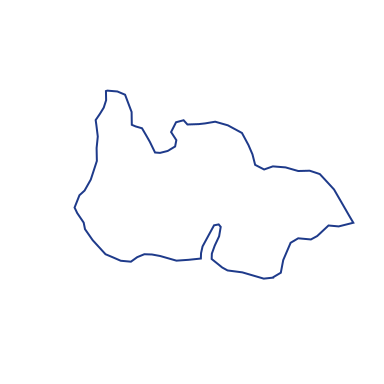 outline of Janggang, Chagang-do, North Korea, rotated 317°
{"feature_id": "82179303B52063530776064", "entity_name": "Janggang", "entity_type": "district", "adm_level": 2, "iso_a3": "PRK", "parent_name": "North Korea", "parent_adm1": "Chagang-do", "projection": "albers", "projection_center": [126.732, 41.061], "detail": "fine", "context": "isolated", "style": "outline", "palette": "blue", "viewbox_px": 384, "rotation_deg": 317, "n_neighbors": 0, "source": "geoboundaries", "source_scale": "gbopen_adm2", "svg_char_len": 1306}
<svg xmlns="http://www.w3.org/2000/svg" viewBox="0 0 384 384"><g transform="rotate(317 192 192)"><path d="M197.9,59.5L191.8,66.3L185.0,70.1L178.1,72.0L170.6,73.7L167.8,77.7L160.9,87.2L152.2,94.8L143.6,104.4L133.3,110.1L126.4,113.9L114.4,117.7L107.5,117.6L95.5,123.3L94.2,127.5L93.7,129.0L91.9,140.5L88.4,146.2L86.5,159.5L86.4,169.0L86.3,178.5L89.7,186.1L93.0,193.7L99.8,201.3L107.5,202.3L114.7,205.0L120.1,210.4L125.0,217.0L133.8,231.6L143.3,239.3L153.1,246.7L156.9,242.9L162.6,239.0L174.0,235.2L185.4,231.4L189.4,233.9L189.2,237.1L181.6,242.9L172.1,246.7L164.5,250.6L160.7,254.4L162.6,267.8L164.5,273.6L174.0,285.1L179.7,294.7L185.4,304.3L193.0,310.0L193.3,309.7L201.9,311.6L212.3,304.0L220.9,300.2L229.5,296.4L238.1,298.3L246.6,307.8L253.5,309.6L260.4,309.6L269.0,309.6L275.8,317.2L289.0,324.5L290.6,317.3L294.1,302.2L297.6,287.0L297.7,269.9L297.7,266.1L296.6,264.0L292.6,256.7L284.0,249.1L277.2,237.8L268.6,228.4L260.1,224.7L256.7,215.2L261.9,205.7L265.3,196.2L268.8,182.9L263.7,167.7L256.9,156.4L248.4,150.8L243.3,147.0L234.7,139.5L234.8,133.8L227.9,130.1L217.6,133.9L215.9,143.4L210.7,147.2L202.2,145.4L195.3,141.6L191.9,137.9L195.4,126.5L197.2,118.9L198.9,111.3L195.5,105.6L193.8,101.8L202.4,92.3L209.4,75.2L206.0,67.6L199.2,60.1L197.9,59.5Z" fill="none" stroke="#1e3a8a" stroke-width="2"/></g></svg>